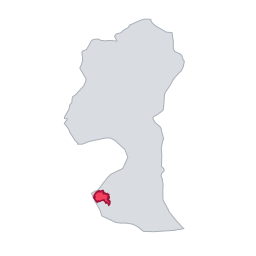 Dundagas pag., Dundagas, Latvia (highlighted), rotated 264°
{"feature_id": "27541924B42832973938104", "entity_name": "Dundagas pag.", "entity_type": "district", "adm_level": 2, "iso_a3": "LVA", "parent_name": "Latvia", "parent_adm1": "Dundagas", "projection": "orthographic", "projection_center": [22.38, 57.54], "detail": "fine", "context": "in_parent", "style": "filled", "palette": "rose", "viewbox_px": 256, "rotation_deg": 264, "n_neighbors": 0, "source": "geoboundaries", "source_scale": "gbopen_adm2", "svg_char_len": 4154}
<svg xmlns="http://www.w3.org/2000/svg" viewBox="0 0 256 256"><g transform="rotate(264 128 128)"><path d="M189.0,190.9L187.4,190.7L183.1,189.3L179.3,187.0L177.0,183.9L173.0,179.5L170.5,177.4L166.5,174.7L159.8,169.1L157.5,167.8L146.1,165.8L142.0,164.8L138.0,158.2L136.6,154.4L134.7,153.7L132.8,154.6L130.6,155.5L125.7,160.2L124.1,160.9L120.9,161.1L113.6,162.3L110.3,160.7L104.4,159.0L101.3,158.8L98.5,158.9L86.1,157.3L83.9,159.3L81.6,159.6L79.3,156.6L76.6,155.8L73.6,156.8L68.0,157.0L61.5,156.0L53.2,155.3L51.9,155.6L42.6,159.5L40.4,160.1L30.2,166.7L22.1,172.9L21.4,162.8L22.2,142.6L23.6,132.6L29.1,126.9L31.9,122.4L33.6,116.3L34.2,110.7L35.3,106.1L43.2,92.9L49.4,91.5L57.7,87.9L66.9,84.8L68.7,88.7L69.6,91.7L80.9,102.5L83.8,106.1L88.3,118.6L98.9,124.8L107.1,122.6L110.6,119.4L117.1,113.6L119.9,109.3L120.4,105.3L118.7,88.2L116.7,80.8L117.2,76.2L118.3,76.4L121.0,74.1L129.9,69.6L131.6,69.4L133.7,68.5L139.2,65.1L141.1,66.7L142.7,68.5L143.5,68.5L143.9,67.8L143.7,66.6L144.1,65.7L145.7,66.1L152.5,71.0L155.1,72.1L156.8,72.3L159.0,74.6L164.7,76.0L165.5,77.2L166.0,78.7L171.6,85.0L174.2,88.2L179.0,90.9L181.1,91.5L189.1,87.9L191.3,86.7L193.2,86.5L195.3,88.0L199.8,89.9L203.9,90.3L204.6,90.1L208.0,90.0L209.2,90.8L210.3,94.9L214.4,97.9L218.2,100.4L219.2,101.5L219.7,104.0L219.7,106.8L219.3,108.3L218.0,110.1L217.0,114.5L217.1,118.6L215.6,125.9L216.1,126.0L220.4,124.3L221.7,125.0L222.8,126.4L223.4,130.9L225.0,132.7L226.7,135.7L227.4,138.1L230.5,140.8L230.8,142.6L233.1,149.1L234.1,152.8L234.6,155.7L234.1,159.5L233.6,162.1L232.7,162.0L230.2,162.9L226.4,166.3L220.9,174.0L219.5,175.7L218.3,181.3L218.0,181.8L214.5,181.9L213.5,181.8L210.0,182.2L202.2,181.3L199.3,182.4L195.7,188.2L194.2,189.1L189.7,190.2L189.0,190.9Z" fill="#d9dde1" stroke="#a8b0b8" stroke-width="1"/><path d="M57.7,90.2L58.0,90.6L57.9,90.6L58.0,90.7L58.4,91.3L58.1,91.5L58.0,91.4L58.0,91.5L58.0,91.8L58.0,92.1L58.1,92.5L58.1,92.8L58.2,93.0L58.3,93.3L58.5,93.4L58.7,93.8L58.8,95.3L58.8,95.5L58.9,95.8L59.0,95.9L59.0,96.1L59.1,96.3L59.1,96.5L58.9,96.7L58.8,96.8L58.7,96.7L58.4,96.6L58.0,96.8L57.9,96.8L57.3,97.3L56.8,97.7L56.8,97.8L56.5,98.1L56.0,98.3L56.0,98.2L55.9,98.1L55.7,98.1L55.7,98.3L55.8,98.5L55.7,98.6L55.9,98.8L56.0,98.8L56.3,98.8L56.4,99.0L56.1,99.5L55.5,99.9L55.4,100.0L54.7,100.4L53.2,100.8L53.3,101.0L53.5,101.1L54.4,101.7L54.4,101.8L54.6,101.9L54.8,102.0L56.6,102.4L56.8,102.4L57.4,102.1L57.5,102.0L58.0,101.8L58.0,101.7L57.9,101.7L57.9,101.4L57.9,101.2L57.7,101.1L57.8,101.1L57.7,101.1L58.4,100.5L58.6,100.9L59.0,100.9L58.7,100.4L59.0,100.2L59.0,100.5L59.7,100.4L59.6,100.7L59.6,100.8L60.5,100.8L60.4,100.9L60.5,101.1L60.3,101.2L60.3,101.7L60.5,101.7L60.6,101.8L60.6,102.1L61.4,102.1L61.4,101.8L61.6,101.6L61.8,101.6L62.0,101.6L61.9,101.3L62.0,101.3L62.0,101.1L63.0,101.1L63.2,101.3L63.3,101.4L63.4,101.5L63.4,101.4L63.6,101.4L64.2,101.4L64.2,100.7L64.6,100.5L64.4,100.4L64.4,100.2L64.5,100.0L64.4,99.9L64.3,99.7L64.5,99.6L64.4,99.1L64.8,99.0L65.1,98.9L65.0,98.7L64.9,98.8L64.9,98.6L65.1,98.6L65.3,98.5L65.3,98.4L65.5,98.3L65.4,98.2L65.5,98.1L65.4,97.6L65.8,97.3L65.7,97.2L65.9,97.2L65.7,97.1L65.8,97.0L65.6,96.8L65.7,96.7L65.8,96.8L65.9,96.6L66.1,96.6L66.4,96.5L66.4,96.4L66.5,96.4L66.8,96.5L66.8,97.0L66.7,97.2L67.5,97.0L67.6,96.9L67.8,96.9L68.0,96.9L68.3,96.7L68.5,96.6L68.2,94.7L68.1,94.3L68.1,94.2L68.0,93.7L67.9,93.7L67.4,93.9L67.4,93.7L67.5,93.7L68.0,93.3L68.1,93.1L68.3,92.9L68.1,92.8L68.2,92.7L68.0,92.4L67.9,92.2L68.0,92.2L68.2,92.3L68.3,92.4L68.3,92.5L68.5,92.8L68.6,92.7L68.6,92.4L68.4,92.2L68.5,92.1L68.5,91.9L68.4,91.7L68.2,91.4L68.0,91.2L67.9,90.9L67.8,90.7L67.7,90.5L67.7,90.4L67.6,90.1L67.1,90.2L66.8,90.0L66.8,89.9L66.8,89.7L66.6,89.3L66.6,89.2L66.8,89.4L66.8,89.1L66.6,88.9L66.4,88.8L66.4,88.6L66.1,88.4L65.7,88.1L65.4,87.9L65.1,87.7L65.0,87.9L64.5,87.7L64.4,87.4L64.1,87.2L63.9,87.0L62.7,87.1L62.7,87.4L62.7,87.5L63.0,87.7L63.1,87.8L62.9,88.1L62.5,88.0L62.2,87.6L62.4,87.5L62.3,87.1L62.3,86.9L61.7,87.3L61.7,87.1L61.3,87.4L61.1,87.4L60.9,87.4L60.6,87.5L60.4,87.6L60.2,87.7L60.1,87.8L59.9,87.9L59.6,88.1L59.4,88.2L59.2,88.3L58.9,88.5L58.7,88.6L58.7,88.8L58.5,88.7L57.8,89.1L58.2,89.9L57.7,90.2Z" fill="#f43f5e" stroke="#9f1239" stroke-width="1.5"/></g></svg>